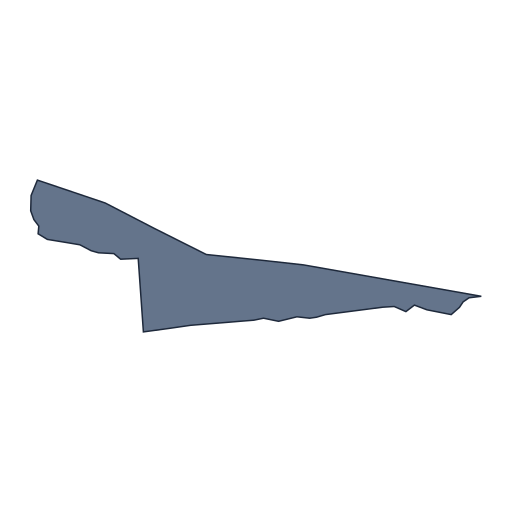 the district of Jaçanã, Rio Grande do Norte, Brazil
{"feature_id": "56859067B38993926248050", "entity_name": "Jaçanã", "entity_type": "district", "adm_level": 2, "iso_a3": "BRA", "parent_name": "Brazil", "parent_adm1": "Rio Grande do Norte", "projection": "albers", "projection_center": [-36.213, -6.403], "detail": "fine", "context": "isolated", "style": "filled", "palette": "slate", "viewbox_px": 512, "rotation_deg": 0, "n_neighbors": 0, "source": "geoboundaries", "source_scale": "gbopen_adm2", "svg_char_len": 624}
<svg xmlns="http://www.w3.org/2000/svg" viewBox="0 0 512 512"><path d="M37.4,180.1L31.1,195.5L30.7,210.8L33.9,219.6L38.8,226.1L38.1,233.8L47.3,239.4L66.9,242.6L79.9,244.8L91.1,250.7L98.5,252.8L113.9,253.6L120.6,259.2L138.2,258.4L143.4,331.9L168.4,328.5L190.6,325.3L226.7,322.4L242.2,321.1L253.8,320.2L263.5,318.2L278.6,321.3L296.9,316.8L309.7,318.2L316.6,317.2L325.4,314.6L382.6,307.2L394.2,306.5L405.9,311.6L414.4,305.1L426.9,309.8L451.2,314.6L459.5,307.3L463.1,301.9L469.0,297.8L481.3,296.3L303.6,264.9L261.2,260.2L206.3,254.5L154.3,228.4L105.2,203.0L37.4,180.1Z" fill="#64748b" stroke="#1e293b" stroke-width="1.5"/></svg>